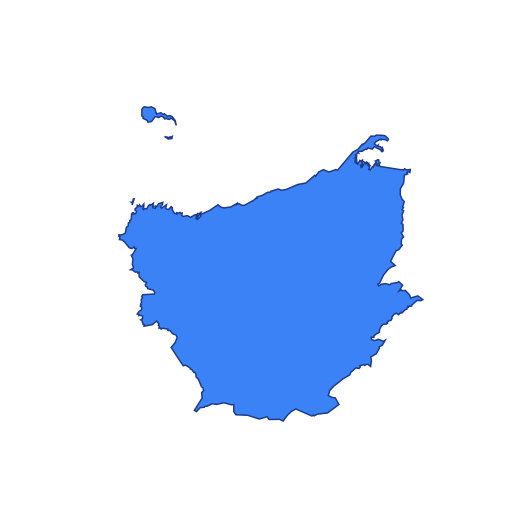 Cavite, Cavite, Philippines (Robinson projection), rotated 27°
{"feature_id": "2640588B43067672764099", "entity_name": "Cavite", "entity_type": "district", "adm_level": 2, "iso_a3": "PHL", "parent_name": "Philippines", "parent_adm1": "Cavite", "projection": "robinson", "projection_center": [120.788, 14.278], "detail": "fine", "context": "isolated", "style": "filled", "palette": "blue", "viewbox_px": 512, "rotation_deg": 27, "n_neighbors": 0, "source": "geoboundaries", "source_scale": "gbopen_adm2", "svg_char_len": 6140}
<svg xmlns="http://www.w3.org/2000/svg" viewBox="0 0 512 512"><g transform="rotate(27 256 256)"><path d="M397.3,350.6L391.0,346.4L388.5,347.4L383.8,347.6L382.8,342.2L384.5,336.4L389.6,325.3L393.5,319.5L393.3,316.7L395.7,310.4L398.9,309.4L399.3,307.6L398.4,306.7L401.4,303.8L402.8,304.1L403.0,302.9L404.9,301.7L408.3,302.4L406.2,296.6L404.1,293.8L407.5,288.5L407.8,282.2L407.0,281.2L409.1,277.8L409.3,272.4L408.1,274.2L402.6,274.7L400.5,277.4L396.9,278.0L395.5,276.1L398.0,275.0L397.4,273.7L398.3,271.3L400.6,268.0L399.5,265.7L399.4,261.4L400.4,259.0L403.1,257.4L403.7,256.2L402.9,255.7L403.9,253.4L405.5,252.0L405.5,249.7L404.8,248.9L405.5,245.2L407.0,243.3L409.7,243.6L410.2,241.3L411.1,241.0L411.0,240.0L412.2,240.0L413.0,236.5L414.5,234.8L414.2,233.3L415.1,232.5L414.3,231.6L417.4,230.1L417.1,228.8L419.7,222.4L423.2,221.0L424.4,219.1L418.3,218.1L412.7,223.3L410.6,221.0L404.6,218.9L402.3,220.5L401.0,220.2L399.4,222.3L399.9,215.5L394.9,214.0L394.2,215.4L389.1,219.0L388.2,220.9L383.7,221.9L380.6,224.2L379.1,226.9L377.2,225.8L378.5,224.2L378.2,215.3L379.6,208.5L381.3,204.7L384.4,201.3L378.3,199.6L378.4,187.7L380.4,185.5L381.4,179.9L380.1,179.6L378.9,177.3L378.1,174.7L378.9,172.0L374.9,169.5L375.7,167.2L375.1,165.7L372.7,161.2L370.7,160.9L370.5,157.1L367.4,153.1L367.1,148.7L365.1,148.3L365.3,145.7L364.4,145.8L363.4,140.2L360.1,139.0L356.7,135.9L354.1,130.4L354.5,124.3L351.5,116.5L353.9,114.1L352.5,113.0L352.9,112.0L355.2,111.7L354.3,108.8L350.9,111.0L348.8,110.8L348.5,112.2L345.5,113.5L326.1,119.8L324.6,119.3L324.2,117.0L323.7,117.8L321.8,114.7L321.1,114.7L319.2,117.2L323.4,120.3L322.1,120.6L320.3,119.0L319.7,121.8L320.2,121.9L320.2,123.3L319.3,123.5L318.6,127.5L317.5,127.3L317.2,128.3L316.6,123.6L315.7,123.6L315.5,125.3L315.3,123.3L314.5,123.4L314.5,124.2L314.4,124.2L314.4,122.3L312.7,123.2L312.0,122.5L312.8,122.2L312.1,122.0L312.0,123.0L312.2,124.8L311.7,122.9L310.3,123.1L310.2,128.6L309.7,128.9L309.1,127.3L309.1,128.9L307.9,127.6L309.1,126.4L308.4,125.1L308.7,122.3L308.5,124.0L307.5,124.1L307.6,122.3L307.4,123.5L307.2,122.4L306.2,123.7L305.1,123.7L305.0,128.0L301.6,127.4L301.1,125.4L303.0,126.1L301.0,123.2L299.9,123.5L300.9,122.5L300.2,121.0L299.2,121.5L298.6,120.8L299.6,119.4L299.6,117.8L300.7,117.7L299.8,117.1L299.9,116.2L303.2,114.4L305.1,110.8L306.3,110.7L306.5,108.9L311.0,108.0L311.7,104.9L319.4,104.9L319.8,106.1L319.5,104.9L320.1,104.6L320.6,105.9L321.2,105.6L320.8,104.1L322.1,104.9L319.6,102.3L319.6,103.0L317.2,102.2L314.5,102.9L314.4,102.0L313.9,103.0L310.5,102.2L310.6,100.3L313.7,95.7L314.7,95.9L314.8,95.1L318.2,93.7L320.8,93.7L321.1,92.3L320.0,91.2L316.2,90.3L313.3,91.3L308.3,93.7L307.2,95.4L303.9,97.1L302.0,105.4L299.6,109.9L299.8,109.2L299.7,109.0L298.4,114.7L295.2,119.3L289.8,142.1L288.0,142.9L288.3,142.3L282.8,148.1L276.9,148.4L273.7,152.7L273.2,152.1L273.8,152.8L273.0,157.8L271.8,157.3L267.2,168.4L260.8,173.3L252.3,183.4L248.5,186.0L245.5,186.1L239.7,191.7L239.8,192.6L237.3,194.1L234.4,198.7L230.1,203.0L231.1,204.7L230.0,203.9L228.7,207.2L222.6,216.2L220.8,217.1L216.7,217.2L214.5,220.0L215.9,216.7L211.4,223.6L205.8,227.6L202.9,228.4L198.8,227.7L193.7,237.0L188.5,243.3L188.1,244.8L188.7,245.7L187.3,249.9L185.6,249.9L184.3,246.1L182.7,247.2L180.2,251.2L176.5,251.2L173.0,253.9L171.7,253.6L170.6,251.2L169.6,252.2L168.4,251.7L166.4,254.4L165.7,252.7L165.6,254.6L163.7,255.0L160.1,252.5L159.6,250.9L158.0,250.5L157.0,254.3L154.6,254.8L153.7,254.2L153.0,251.0L150.1,256.3L148.5,255.6L149.3,252.8L148.6,250.5L145.4,253.9L145.1,257.0L143.0,257.2L144.6,257.3L144.6,259.4L142.2,259.8L141.6,258.4L142.5,258.4L142.6,258.0L141.3,258.2L140.6,255.6L139.1,258.5L138.3,258.2L137.3,259.9L137.2,263.7L135.4,264.1L134.9,265.7L133.7,265.4L133.6,262.8L132.4,260.6L131.8,263.9L130.6,264.2L129.0,263.3L129.0,264.9L127.2,264.7L127.9,266.6L126.8,268.8L127.7,270.2L129.2,270.2L129.6,272.8L128.0,274.2L127.3,273.0L126.7,274.0L125.6,273.7L127.0,274.6L126.2,275.3L128.3,280.3L127.4,281.6L128.3,283.5L127.3,284.4L128.4,287.3L127.5,289.2L129.2,294.8L127.1,297.9L124.3,299.4L124.7,300.7L126.1,300.6L126.8,303.3L129.6,302.5L132.5,303.1L139.3,306.2L142.1,305.6L143.3,303.3L144.4,304.3L145.8,303.8L145.3,310.9L144.5,311.9L147.8,314.5L149.5,319.4L152.3,322.1L150.5,325.2L152.3,324.5L155.6,325.2L157.3,324.2L158.5,324.9L159.1,323.6L161.5,327.7L167.8,329.5L170.4,329.4L170.5,332.2L171.5,333.0L173.5,333.2L174.3,334.3L180.2,333.0L182.5,334.6L182.7,336.0L172.7,341.9L172.5,344.0L173.9,344.8L173.5,347.0L175.0,349.0L175.2,351.4L175.9,351.4L175.6,353.1L177.6,353.8L178.5,356.0L177.0,358.4L176.5,361.6L178.1,361.4L178.8,362.3L179.4,361.3L182.3,361.1L183.4,363.2L182.2,365.2L183.5,365.2L186.7,368.3L187.7,367.9L188.1,369.4L194.8,364.2L196.9,359.1L200.4,360.7L200.4,362.0L201.5,362.2L202.3,364.3L203.3,363.6L204.6,364.2L205.4,362.9L210.6,361.1L211.3,362.2L213.4,361.5L216.9,363.1L220.6,362.7L222.7,364.3L223.3,369.7L221.9,376.0L241.0,386.9L242.7,385.3L244.4,385.3L248.3,385.7L248.9,386.6L249.9,386.2L253.5,387.9L254.1,387.3L256.2,388.7L257.5,390.9L260.6,392.0L266.8,397.2L268.8,397.6L270.4,399.8L269.6,402.4L272.5,407.0L271.2,421.5L273.6,421.7L275.1,416.5L278.7,414.2L278.8,413.0L280.7,412.0L283.9,407.6L288.3,406.1L294.1,401.3L301.6,399.8L303.7,398.5L306.9,404.8L310.1,406.6L320.9,401.7L333.0,399.7L338.8,394.2L342.0,395.7L351.1,390.8L355.1,390.8L356.3,383.5L358.2,378.2L361.0,374.2L378.5,373.2L379.2,371.8L380.3,372.1L382.5,369.0L391.0,363.4L397.3,350.6ZM117.8,169.8L115.1,170.2L113.7,171.8L109.7,170.8L108.8,172.1L106.2,171.5L103.2,174.5L102.2,174.0L102.8,173.3L102.0,173.9L99.0,170.6L94.9,170.6L92.8,172.5L88.6,173.8L87.6,176.8L90.7,183.0L92.5,183.4L92.8,184.6L97.6,184.6L99.1,185.8L101.9,183.5L102.8,177.8L105.0,176.7L105.3,177.6L105.3,176.8L106.4,176.8L107.9,174.5L110.0,174.2L112.6,175.3L113.4,174.0L115.2,174.2L117.0,173.5L117.5,171.9L119.2,171.8L122.4,172.6L125.7,175.9L122.5,172.0L117.8,169.8ZM127.7,189.6L127.1,187.4L125.5,189.6L125.2,189.1L124.4,190.1L120.3,191.0L124.6,191.6L127.7,189.6ZM186.2,248.8L187.2,242.1L186.7,242.5L186.8,243.5L184.6,244.7L186.2,248.8ZM121.5,260.4L120.8,260.9L121.6,264.1L120.5,264.7L121.6,264.9L122.5,266.8L121.5,260.4Z" fill="#3b82f6" stroke="#1e3a8a" stroke-width="1.5"/></g></svg>